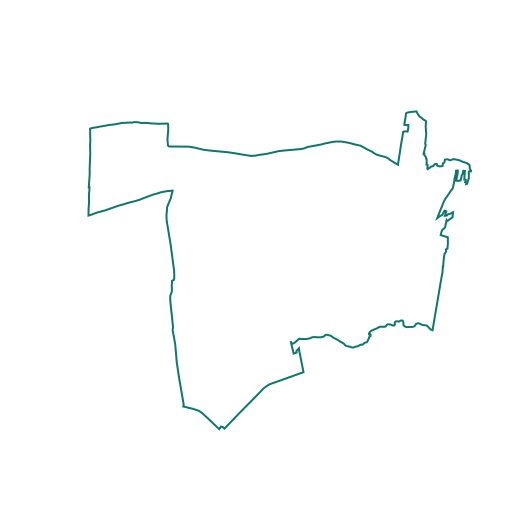 Tepu, Galati, Romania (Albers equal-area conic projection), rotated 103°
{"feature_id": "2599482B67862311598500", "entity_name": "Tepu", "entity_type": "district", "adm_level": 2, "iso_a3": "ROU", "parent_name": "Romania", "parent_adm1": "Galati", "projection": "albers", "projection_center": [27.372, 45.972], "detail": "fine", "context": "isolated", "style": "outline", "palette": "teal", "viewbox_px": 512, "rotation_deg": 103, "n_neighbors": 0, "source": "geoboundaries", "source_scale": "gbopen_adm2", "svg_char_len": 5931}
<svg xmlns="http://www.w3.org/2000/svg" viewBox="0 0 512 512"><g transform="rotate(103 256 256)"><path d="M427.9,261.5L433.0,252.9L430.1,251.8L430.1,250.1L431.3,247.9L415.2,238.3L389.8,222.7L382.9,218.6L378.4,214.5L376.9,212.3L358.5,183.6L337.4,193.1L336.3,193.4L339.6,195.3L340.9,194.7L342.6,197.4L331.1,203.1L333.2,201.8L333.0,201.0L332.8,199.6L326.9,195.3L326.7,194.0L326.8,193.7L326.7,192.8L326.2,190.9L325.8,189.3L325.7,188.2L325.1,187.3L324.5,185.6L323.5,184.4L322.8,183.3L322.3,182.3L322.0,181.5L321.9,180.7L321.6,179.5L321.4,178.0L321.1,176.4L320.9,175.6L320.6,174.5L319.5,172.5L319.4,172.0L319.1,171.7L318.3,171.2L317.6,170.9L317.1,170.2L316.8,169.1L316.9,165.0L318.1,162.5L319.0,159.0L319.4,157.4L320.6,154.4L320.9,152.9L321.7,150.6L322.6,149.4L323.1,148.7L323.4,147.1L323.2,143.8L323.5,142.3L323.5,141.3L323.4,140.8L322.5,139.5L322.0,138.8L321.6,137.7L321.2,136.8L320.8,136.2L319.0,134.3L318.7,133.6L318.6,133.3L318.6,132.5L318.4,132.3L318.1,132.0L316.8,131.1L316.5,130.8L315.9,130.2L315.6,129.6L315.1,128.8L314.7,128.4L313.9,128.1L313.1,128.1L311.8,127.7L310.0,127.5L309.5,127.4L309.2,127.3L308.6,126.7L308.1,126.4L307.2,126.6L306.8,126.7L306.7,126.9L306.6,127.4L307.0,128.1L306.9,128.2L306.4,128.5L306.1,128.5L304.2,127.8L303.3,127.1L302.8,126.7L302.4,126.2L300.8,124.0L300.0,123.0L299.1,121.6L298.1,120.8L297.0,119.2L296.4,116.4L296.2,115.2L296.0,114.8L295.8,114.7L295.5,113.9L295.4,113.7L294.1,113.3L293.7,113.1L293.4,112.7L292.9,112.1L292.7,111.4L292.6,110.3L292.5,108.9L293.0,107.3L292.7,106.5L292.5,106.0L292.5,105.5L292.2,105.4L291.5,105.3L289.9,105.8L289.5,105.8L289.0,105.6L288.6,105.3L288.2,104.8L288.0,104.4L287.8,103.7L287.8,103.1L287.8,102.0L286.5,100.6L286.2,100.0L286.0,99.3L286.0,98.6L286.2,98.3L287.5,97.4L289.2,97.1L290.2,96.7L290.4,96.5L290.9,95.7L291.3,94.7L291.4,93.9L291.4,93.2L291.2,92.4L290.6,90.6L290.0,87.9L289.6,87.0L289.3,86.4L288.4,85.5L287.2,85.2L286.6,85.0L286.1,84.6L285.6,83.7L285.3,83.5L285.1,83.1L285.0,82.4L285.0,81.6L285.3,80.3L285.6,79.4L285.7,78.7L285.7,77.5L285.5,76.3L285.4,75.3L285.4,74.4L285.5,73.6L285.8,73.0L286.3,72.4L286.6,71.9L286.9,71.6L287.2,71.1L287.8,69.9L288.4,69.1L288.5,68.7L288.4,67.6L288.5,67.3L241.2,70.1L233.7,70.5L230.2,70.6L224.0,71.6L224.0,71.3L215.9,72.5L211.6,72.8L208.9,71.7L206.9,72.5L205.8,71.1L200.9,71.8L194.6,73.3L194.1,80.7L190.6,80.7L188.7,80.4L187.3,79.3L185.8,78.3L184.6,78.2L178.3,78.4L179.0,77.6L174.2,73.3L169.0,73.8L170.9,76.0L171.9,77.7L172.7,79.0L173.5,79.0L174.3,81.0L169.6,80.7L169.6,82.6L174.1,83.7L175.2,85.0L176.5,86.4L178.3,87.9L169.3,86.6L166.0,86.0L165.2,85.8L164.0,85.8L160.5,85.2L157.4,84.3L155.1,83.3L148.6,80.8L145.6,79.5L138.6,79.6L135.9,80.0L131.1,79.8L128.3,80.3L127.9,80.3L127.8,80.1L127.6,79.7L127.3,78.7L127.5,78.5L130.4,78.1L131.8,78.1L137.6,77.9L137.2,75.4L136.7,74.7L136.4,73.7L131.2,73.6L129.5,73.1L126.5,73.3L126.2,72.9L126.1,71.6L134.6,70.3L134.5,69.0L134.6,68.7L137.0,68.8L137.0,67.6L138.8,67.4L138.6,66.9L138.2,66.5L137.7,66.4L136.8,66.5L135.6,66.5L132.2,66.1L126.3,67.6L125.7,67.5L125.3,67.0L125.2,66.6L125.2,65.7L124.4,65.7L123.3,66.9L122.8,67.3L120.7,68.0L119.7,68.2L119.1,68.7L118.8,69.4L118.8,69.9L118.1,71.1L118.1,71.7L117.9,72.0L117.9,73.6L117.7,76.0L117.0,79.2L117.0,81.4L117.1,84.6L117.4,85.7L117.6,86.2L118.8,87.8L119.0,88.3L119.1,89.2L119.0,89.6L118.8,89.9L118.7,90.8L118.8,91.6L119.6,93.6L121.5,93.5L122.6,93.6L123.2,94.0L123.6,94.7L124.5,94.7L126.2,94.5L126.5,94.6L127.1,96.4L127.4,97.3L127.3,99.1L127.3,99.4L127.2,99.7L127.0,99.9L126.5,100.2L125.9,100.3L125.7,100.8L125.9,101.3L126.0,102.1L126.5,102.5L127.4,103.2L128.4,103.4L129.0,104.3L129.5,105.6L129.8,105.9L130.3,106.0L130.8,106.3L131.1,106.6L131.8,107.5L132.8,108.2L132.4,108.7L128.8,109.2L128.6,110.5L126.6,110.7L123.9,111.3L123.4,111.8L123.0,112.0L122.6,112.0L122.2,112.6L121.5,112.8L121.0,113.1L120.1,114.4L119.6,114.8L118.5,114.9L118.7,115.7L109.6,115.6L108.6,116.4L98.7,117.6L95.7,118.6L91.3,119.9L88.5,120.3L86.8,120.5L86.3,120.8L85.9,121.8L85.1,124.3L84.4,125.3L83.9,126.4L83.4,127.9L81.3,130.3L79.0,132.1L80.1,135.3L80.5,136.8L81.2,138.3L81.7,139.7L82.4,141.1L83.3,141.9L88.0,141.4L90.7,141.4L94.8,141.0L94.6,138.9L94.1,137.1L96.2,136.5L98.3,136.3L100.7,136.3L100.8,137.4L101.0,138.6L101.4,139.7L101.7,140.4L101.9,140.5L115.7,139.7L121.5,139.2L134.6,138.3L135.1,138.2L134.9,139.2L132.7,145.7L132.1,147.4L131.3,148.7L130.5,152.0L130.4,153.7L130.4,155.9L130.2,160.8L129.8,162.4L129.4,163.7L128.2,166.6L127.1,171.8L125.7,176.4L125.5,177.4L125.0,178.8L125.1,184.6L124.9,187.9L124.9,192.6L125.3,198.5L125.8,201.0L126.7,204.6L128.0,208.0L129.5,211.1L131.0,214.5L132.4,217.0L133.6,219.7L138.4,230.7L139.7,232.3L140.4,233.4L140.7,234.0L142.0,237.2L146.6,251.4L148.8,257.8L149.1,258.3L154.0,268.4L156.7,275.4L158.4,279.3L159.6,283.4L160.3,292.9L160.7,300.7L161.2,306.6L162.1,313.1L163.7,325.2L163.8,326.7L164.3,330.2L164.2,339.8L164.6,346.2L168.8,365.1L168.6,366.1L167.7,366.8L161.9,368.6L153.3,369.8L148.7,370.9L147.3,371.4L146.8,371.8L149.4,381.9L149.5,383.3L150.3,387.3L150.9,392.2L151.5,395.0L152.3,398.1L152.2,401.1L152.8,404.3L153.8,406.4L154.3,408.7L156.5,416.5L159.4,423.0L161.4,428.6L162.4,430.9L165.4,438.0L166.3,439.9L167.5,442.9L167.8,443.7L168.3,444.7L169.2,446.3L181.3,443.3L185.1,442.7L193.2,440.6L208.0,437.8L214.0,436.4L226.6,434.4L226.4,433.8L230.1,433.0L232.8,432.8L242.0,430.6L248.0,429.7L254.3,428.3L252.4,425.1L249.6,421.0L245.7,413.6L238.4,402.1L232.5,391.6L229.8,386.3L227.2,381.7L225.7,379.7L219.6,370.5L216.5,364.9L215.5,363.4L212.9,357.5L211.1,352.0L216.5,352.1L218.6,352.0L227.9,353.6L231.7,353.0L236.0,352.5L240.3,351.4L242.1,350.8L264.2,341.7L289.6,332.2L294.9,330.9L297.6,330.5L299.0,332.2L300.3,332.0L305.0,331.2L305.9,330.8L309.5,330.0L314.3,330.6L319.4,329.3L344.4,320.7L346.6,320.7L360.1,314.9L378.6,308.9L379.1,308.6L390.5,304.2L416.4,293.3L417.8,292.9L419.0,293.0L419.1,283.0L419.5,278.2L419.7,277.2L420.0,276.1L420.6,274.6L421.4,272.7L427.9,261.5Z" fill="none" stroke="#0f766e" stroke-width="2"/></g></svg>